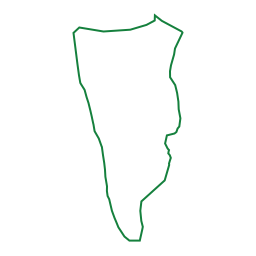 Anambra West, Anambra, Nigeria (Albers equal-area conic projection)
{"feature_id": "59680162B97377368460903", "entity_name": "Anambra West", "entity_type": "district", "adm_level": 2, "iso_a3": "NGA", "parent_name": "Nigeria", "parent_adm1": "Anambra", "projection": "albers", "projection_center": [6.767, 6.387], "detail": "fine", "context": "isolated", "style": "outline", "palette": "green", "viewbox_px": 256, "rotation_deg": 0, "n_neighbors": 0, "source": "geoboundaries", "source_scale": "gbopen_adm2", "svg_char_len": 1054}
<svg xmlns="http://www.w3.org/2000/svg" viewBox="0 0 256 256"><path d="M73.5,32.9L75.6,49.5L77.5,64.5L79.0,75.4L80.3,82.9L81.1,84.3L84.6,89.9L86.6,97.2L88.5,103.0L90.4,110.7L91.8,116.8L91.9,117.3L92.0,117.8L93.0,122.5L93.5,124.6L94.6,131.2L98.8,138.5L101.5,146.1L101.9,147.0L102.5,151.4L103.0,155.1L104.2,162.8L105.0,169.8L105.4,176.8L106.5,183.3L107.0,186.4L106.9,191.0L107.6,196.0L109.2,199.2L111.9,210.7L112.8,213.2L114.6,218.1L116.3,222.1L118.4,227.3L120.3,230.2L123.1,234.5L124.5,236.6L129.4,240.6L139.8,240.6L142.4,228.9L142.8,226.8L141.3,220.9L140.3,210.8L141.4,201.4L164.7,180.4L169.2,164.9L169.0,163.6L170.0,160.3L170.8,157.9L169.8,155.2L168.3,153.4L168.6,151.5L169.0,150.1L167.6,148.5L165.1,143.5L166.9,135.4L174.5,133.5L176.4,132.0L177.6,128.5L179.3,126.5L180.4,118.3L178.7,109.3L178.4,101.6L177.1,92.9L175.2,85.1L170.1,77.3L170.0,71.2L171.0,65.3L174.1,54.4L175.0,48.5L182.5,32.7L182.4,32.4L181.5,31.4L161.9,20.9L154.9,15.4L154.7,20.5L146.5,24.9L130.3,29.7L103.5,31.5L79.3,27.5L73.5,32.9Z" fill="none" stroke="#15803d" stroke-width="2"/></svg>